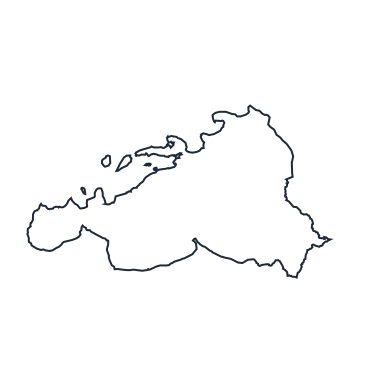 outline of Central Malekula, Malampa, Vanuatu, rotated 287°
{"feature_id": "77236927B27410418950848", "entity_name": "Central Malekula", "entity_type": "district", "adm_level": 2, "iso_a3": "VUT", "parent_name": "Vanuatu", "parent_adm1": "Malampa", "projection": "robinson", "projection_center": [167.441, -16.165], "detail": "fine", "context": "isolated", "style": "outline", "palette": "slate", "viewbox_px": 384, "rotation_deg": 287, "n_neighbors": 0, "source": "geoboundaries", "source_scale": "gbopen_adm2", "svg_char_len": 6068}
<svg xmlns="http://www.w3.org/2000/svg" viewBox="0 0 384 384"><g transform="rotate(287 192 192)"><path d="M291.6,222.3L289.7,221.1L286.6,222.1L285.5,223.0L284.4,222.9L281.7,220.9L278.5,216.4L277.5,213.2L278.9,210.6L278.3,207.6L278.6,200.9L276.8,195.0L274.7,191.5L273.0,190.0L271.4,189.2L270.7,189.5L267.6,191.1L265.8,192.6L265.4,193.5L267.2,193.8L268.4,199.4L269.2,200.2L269.1,201.1L267.6,202.7L264.3,202.4L263.6,202.9L261.9,201.8L258.8,201.1L253.8,196.1L251.3,191.4L251.6,189.6L251.4,185.7L249.5,183.8L248.8,184.5L247.6,184.1L246.2,185.0L243.5,187.7L243.0,189.1L240.5,189.1L237.4,190.3L236.6,188.3L233.8,187.2L231.9,185.1L230.0,181.5L229.3,178.5L229.5,175.3L230.6,173.7L233.3,173.8L237.1,171.5L239.3,166.3L239.5,162.7L240.2,161.1L239.4,155.6L237.3,152.9L237.8,152.6L236.6,152.2L234.4,153.4L232.5,155.1L233.3,156.8L234.0,157.3L233.5,158.3L232.7,158.7L232.5,159.9L233.8,159.4L234.0,160.3L232.9,160.1L231.6,160.5L228.1,158.7L229.6,157.3L229.7,156.4L230.8,154.7L229.6,154.1L228.6,154.7L225.9,152.2L225.6,150.9L225.9,149.1L224.9,147.2L223.4,142.3L223.7,140.0L222.8,139.4L216.8,130.3L213.4,126.9L212.3,126.6L211.5,127.8L210.4,127.6L210.2,128.0L211.2,129.3L211.3,130.8L213.2,133.0L213.9,136.3L215.6,136.8L215.4,137.7L213.7,139.8L214.2,140.7L216.0,141.9L217.3,144.1L217.6,147.6L217.3,148.6L217.6,151.8L218.5,154.7L218.1,155.8L218.6,159.3L219.3,159.3L220.5,160.7L222.0,163.9L222.3,165.0L221.9,164.2L221.2,164.3L221.0,165.8L222.1,166.6L222.6,166.1L225.7,169.1L225.8,170.1L225.2,169.8L224.8,170.9L223.8,169.3L221.7,169.4L220.9,170.0L219.5,166.8L218.3,166.8L215.0,165.4L213.9,166.4L213.8,167.0L214.4,167.9L213.7,168.6L212.3,168.5L210.8,167.7L207.7,163.0L207.9,162.2L206.7,160.4L203.8,154.0L201.6,151.9L200.0,151.6L198.7,149.2L196.9,147.0L192.8,143.7L190.3,142.6L187.9,142.2L184.2,139.5L183.5,139.5L181.1,137.9L180.0,138.0L178.8,135.0L177.1,133.7L175.4,133.0L174.5,133.5L174.0,131.2L172.9,130.6L172.4,129.5L171.7,129.7L171.4,129.4L165.5,120.3L161.0,120.6L158.8,120.2L158.7,119.0L156.5,117.0L155.6,115.6L155.2,112.5L155.5,112.9L159.6,110.3L161.9,107.9L165.7,106.6L168.7,104.3L168.7,103.0L167.9,101.1L166.2,99.9L162.9,99.2L159.6,100.3L158.4,100.1L153.6,94.0L150.6,94.6L147.7,95.9L147.0,95.7L145.2,93.5L143.7,90.5L143.6,89.7L146.0,86.2L146.6,83.3L148.6,80.0L150.8,78.2L147.7,76.4L144.7,76.0L142.2,75.1L140.0,73.5L139.1,71.6L139.2,69.5L138.2,69.0L138.5,68.4L138.2,66.2L136.6,64.2L135.3,63.8L134.3,61.0L133.8,60.6L133.8,58.9L135.8,56.0L135.2,52.7L136.5,51.1L134.7,50.5L131.4,50.5L129.2,49.3L129.1,48.7L127.4,47.1L126.3,46.7L123.7,46.6L118.9,48.0L115.5,47.4L115.3,46.8L112.8,47.1L112.0,47.8L108.8,45.8L106.5,46.3L105.4,47.0L103.6,46.9L100.3,49.4L96.6,50.5L95.8,53.2L94.0,54.2L92.5,60.1L92.4,63.0L92.5,64.6L93.6,66.7L93.4,69.5L94.0,73.2L95.2,75.4L99.6,79.4L100.4,80.6L103.5,82.5L105.6,83.1L106.8,84.1L111.1,91.4L113.8,94.9L116.1,96.9L118.7,97.8L120.9,96.4L123.4,97.4L125.9,96.7L127.9,97.2L127.1,98.6L126.6,101.1L125.1,102.0L124.8,102.9L125.6,105.5L124.6,106.9L121.9,120.2L122.1,122.6L120.7,124.7L121.1,125.4L120.7,126.2L117.0,127.2L112.6,127.3L111.2,127.9L106.6,131.3L105.2,131.5L102.7,133.1L98.7,136.5L97.7,139.4L95.5,140.6L96.6,143.4L98.0,151.6L99.1,155.5L100.6,158.5L102.1,167.3L104.2,171.9L105.3,172.6L104.9,173.0L105.6,174.5L110.5,179.9L112.5,183.1L114.2,188.8L115.3,191.3L117.4,192.6L118.1,193.7L120.1,195.3L124.1,201.1L125.3,202.2L126.2,203.9L132.5,210.5L138.9,213.1L143.7,211.0L145.4,208.9L145.8,207.1L147.6,207.7L148.5,209.0L145.6,212.2L145.3,213.4L144.4,214.7L143.3,218.2L143.4,220.3L141.2,226.1L140.8,228.7L140.3,229.2L138.7,239.0L139.0,240.2L138.8,241.8L139.4,248.6L138.0,256.8L138.8,260.9L143.5,265.2L145.7,270.6L145.7,271.2L143.7,274.1L143.0,274.4L142.7,276.1L141.6,276.6L141.0,278.4L142.7,280.1L145.1,285.4L145.2,286.7L144.5,286.9L144.7,287.6L144.4,288.3L144.6,289.0L145.7,289.8L147.3,290.2L148.2,291.2L151.1,292.0L152.0,294.5L151.5,296.2L147.7,300.3L145.8,301.6L145.2,301.5L144.8,303.3L143.7,305.8L142.5,306.8L139.7,307.8L139.7,308.2L140.7,309.4L140.4,310.7L140.8,311.2L140.3,312.5L141.1,316.0L140.8,317.1L145.7,316.7L146.6,317.7L149.5,318.6L152.8,318.8L153.7,317.8L154.4,317.7L155.4,318.6L155.9,318.2L157.4,319.2L160.3,319.0L161.1,320.0L164.8,319.2L167.8,319.6L170.3,319.3L170.6,320.3L172.0,321.3L172.6,322.4L174.4,323.3L175.8,322.3L176.7,322.5L177.2,323.4L176.7,326.5L176.9,329.9L178.1,330.5L178.4,331.7L179.6,332.5L180.5,332.3L183.7,334.2L184.2,335.8L185.1,336.1L187.1,338.2L186.8,335.6L187.9,333.5L187.6,333.1L187.6,331.7L186.0,332.7L185.7,332.1L186.1,330.5L185.5,329.2L185.7,328.2L185.3,327.3L186.0,326.4L187.5,326.4L188.2,325.8L188.3,325.1L189.7,324.3L190.1,323.7L189.7,322.5L190.5,321.5L190.3,319.5L191.5,318.4L192.0,318.5L192.7,318.0L192.7,317.1L196.2,316.3L196.8,317.1L197.5,316.8L200.3,315.0L201.1,314.0L201.2,312.7L201.9,312.5L203.6,310.7L203.5,309.6L204.3,308.2L203.1,305.4L203.6,302.8L204.5,301.7L205.7,301.1L207.9,297.0L208.1,296.2L207.5,293.4L211.3,287.4L211.8,284.5L212.6,284.8L213.5,284.5L215.0,283.4L214.8,282.6L215.7,281.9L217.4,282.4L219.1,281.3L220.5,281.2L221.8,280.3L224.0,279.8L224.9,281.0L227.4,280.7L227.9,280.0L228.8,281.1L229.4,281.1L229.7,280.1L231.3,279.2L231.6,278.4L236.0,283.8L238.9,282.4L249.0,278.9L255.7,278.3L261.0,274.7L265.6,268.6L267.9,263.5L269.9,260.5L271.5,256.0L275.6,252.4L277.2,247.7L278.9,245.1L286.0,244.5L287.5,242.3L287.5,240.4L287.0,239.1L287.5,236.3L289.4,232.8L289.1,229.1L291.6,222.3ZM190.0,113.6L190.7,115.1L194.4,117.9L198.2,122.1L201.6,123.5L202.4,124.4L203.9,124.8L204.9,124.3L206.0,124.5L206.6,124.2L207.0,122.8L208.9,122.3L207.7,118.9L205.3,116.9L198.0,114.9L190.0,113.6ZM195.7,105.4L202.2,103.0L202.3,100.9L200.9,99.3L199.7,99.5L196.8,97.1L195.5,96.8L193.1,97.5L191.0,100.5L190.8,101.5L192.9,104.5L195.7,105.4ZM163.2,88.6L163.9,87.6L164.0,86.0L163.7,85.3L162.5,85.2L162.1,86.0L159.5,88.3L158.9,89.3L158.9,90.5L163.2,88.6ZM205.2,144.1L206.5,144.4L206.8,143.9L206.6,142.6L205.5,140.1L204.0,139.2L204.1,140.8L205.0,141.4L204.5,143.0L205.2,144.1ZM202.7,148.7L202.0,149.6L202.1,150.6L203.3,151.5L204.5,151.3L204.8,150.7L204.4,149.8L203.3,148.7L202.7,148.7Z" fill="none" stroke="#1e293b" stroke-width="2"/></g></svg>